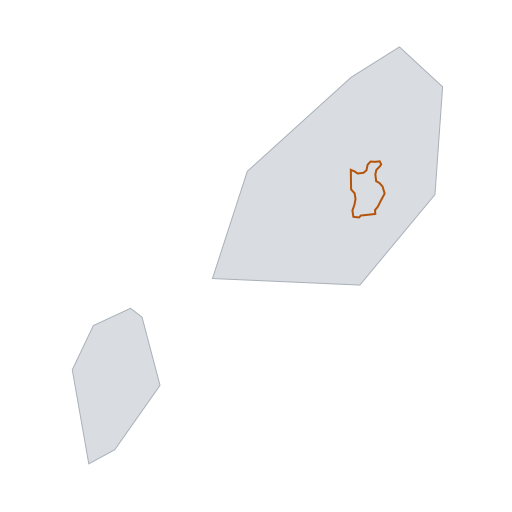 Żebbuġ on a map of Malta (Natural Earth projection), rotated 273°
{"feature_id": "MLT-5946", "entity_name": "Żebbuġ", "entity_type": "state/province", "adm_level": 1, "iso_a3": "MLT", "parent_name": "Malta", "parent_adm1": "", "projection": "natural_earth1", "projection_center": [14.44, 35.87], "detail": "fine", "context": "in_parent", "style": "outline", "palette": "amber", "viewbox_px": 512, "rotation_deg": 273, "n_neighbors": 0, "source": "natural_earth", "source_scale": "10m", "svg_char_len": 788}
<svg xmlns="http://www.w3.org/2000/svg" viewBox="0 0 512 512"><g transform="rotate(273 256 256)"><path d="M472.3,388.3L434.7,433.5L326.7,431.5L232.4,361.2L231.2,213.7L340.1,242.9L439.5,341.7L472.3,388.3ZM188.9,145.4L121.8,166.9L55.2,125.1L39.7,99.9L132.7,78.5L178.0,97.2L197.2,133.4L188.9,145.4Z" fill="#d9dde1" stroke="#a8b0b8" stroke-width="1"/><path d="M304.2,372.9L301.9,358.6L299.9,356.9L300.2,351.2L306.5,349.9L312.2,351.6L318.1,352.4L323.8,351.2L327.4,347.5L334.4,347.0L347.0,346.2L345.7,349.9L343.7,353.2L344.7,359.0L347.3,361.8L353.0,362.7L356.3,365.5L356.3,370.1L357.0,374.6L354.0,376.2L352.0,375.0L348.3,371.7L343.7,370.9L337.0,372.1L335.4,375.4L332.1,378.7L325.1,381.2L318.1,377.9L311.5,375.0L308.2,372.5L304.2,372.9Z" fill="none" stroke="#b45309" stroke-width="2"/></g></svg>